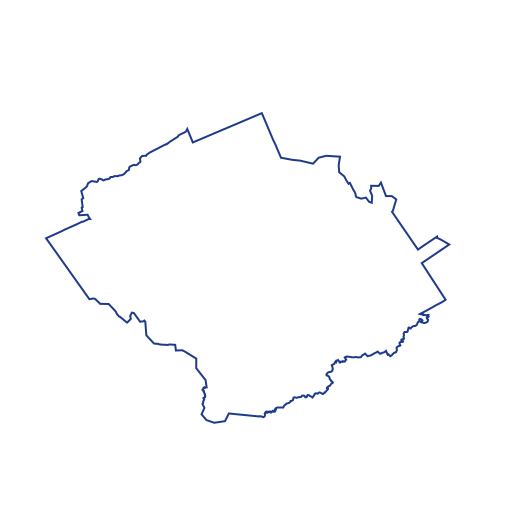 outline of Pededzes pag., Aluksne, Latvia, rotated 230°
{"feature_id": "27541924B28256334798833", "entity_name": "Pededzes pag.", "entity_type": "district", "adm_level": 2, "iso_a3": "LVA", "parent_name": "Latvia", "parent_adm1": "Aluksne", "projection": "albers", "projection_center": [27.465, 57.478], "detail": "fine", "context": "isolated", "style": "outline", "palette": "blue", "viewbox_px": 512, "rotation_deg": 230, "n_neighbors": 0, "source": "geoboundaries", "source_scale": "gbopen_adm2", "svg_char_len": 6041}
<svg xmlns="http://www.w3.org/2000/svg" viewBox="0 0 512 512"><g transform="rotate(230 256 256)"><path d="M361.7,352.3L383.6,280.6L397.5,285.0L396.8,283.5L396.4,282.1L396.4,281.5L398.2,274.5L397.6,272.9L398.9,263.5L398.9,261.6L399.0,261.2L398.9,261.0L399.0,260.4L399.1,260.1L399.2,259.9L399.0,259.7L399.0,259.2L399.5,258.7L399.6,258.0L399.9,257.3L403.4,241.8L403.7,239.5L403.8,238.0L403.8,237.5L403.4,236.1L404.6,234.9L405.8,232.9L405.4,229.9L402.7,228.2L402.4,227.7L402.6,226.0L402.3,224.0L402.6,222.8L403.2,221.9L404.2,221.1L404.5,220.7L405.5,217.0L405.5,216.4L405.1,215.6L403.9,214.3L403.6,213.8L404.2,211.2L404.2,210.9L403.8,210.3L403.8,209.1L403.6,208.3L403.7,206.6L404.3,205.0L405.7,202.7L405.9,201.7L406.7,200.6L408.3,198.8L408.5,197.2L409.9,195.5L409.9,194.7L409.5,194.1L409.5,193.6L409.8,192.6L410.6,190.9L411.4,190.0L411.9,187.8L412.7,187.3L413.7,187.2L415.8,185.9L416.1,184.8L415.1,183.3L415.0,182.4L415.2,181.4L415.9,181.0L418.9,178.4L419.2,177.3L419.7,174.1L418.1,171.4L417.9,168.9L418.1,163.9L411.3,160.8L411.5,159.0L411.4,158.8L404.9,154.7L405.1,153.6L404.9,153.4L401.9,151.9L402.7,149.7L402.5,149.4L403.1,147.7L400.8,146.8L395.9,153.5L393.2,152.9L391.0,152.7L391.9,151.5L393.5,145.4L394.1,144.7L395.2,140.3L399.2,126.2L400.0,122.8L404.5,106.6L330.0,100.6L328.0,104.1L326.5,105.2L319.5,105.9L313.9,112.3L303.6,112.9L300.7,112.1L297.3,112.3L297.0,112.7L288.3,114.3L287.8,114.5L288.3,119.7L291.0,121.2L292.4,124.5L290.8,125.8L280.1,125.0L278.2,128.1L278.1,128.5L278.2,128.9L276.9,129.0L265.7,121.0L254.6,121.6L254.0,122.0L251.6,124.6L251.2,124.6L249.2,126.3L244.7,131.1L243.8,132.9L239.9,137.0L235.1,133.9L231.2,138.9L229.0,139.9L215.8,144.3L208.5,138.1L193.3,137.6L187.2,133.8L187.4,133.6L187.4,133.1L187.7,132.3L188.5,132.3L188.7,132.1L188.3,131.3L188.6,131.0L188.4,130.7L188.4,130.4L188.0,129.9L188.0,129.6L187.8,129.4L187.8,129.1L187.3,129.3L186.9,129.1L186.7,129.4L186.4,129.4L186.1,129.3L186.1,128.8L185.8,128.6L185.0,128.7L183.6,128.0L183.1,128.2L182.7,127.7L181.9,127.6L181.7,127.2L180.6,126.3L181.0,125.9L180.8,125.1L180.9,124.3L179.4,124.1L178.5,122.0L177.4,121.1L177.3,120.3L177.1,119.9L172.9,118.9L172.4,118.0L169.7,112.5L162.1,112.6L155.1,116.8L149.4,126.1L152.8,134.0L131.0,155.3L131.1,155.6L129.4,157.2L128.9,157.5L128.3,157.6L128.0,157.8L127.7,158.3L127.6,159.1L127.8,160.0L128.2,160.5L129.7,161.4L129.7,162.0L130.0,162.6L129.3,163.2L129.7,163.4L130.2,163.1L130.3,163.7L130.2,164.0L129.3,164.6L129.1,164.9L128.9,164.4L128.5,164.6L128.5,165.0L128.1,165.6L128.1,166.5L127.9,166.9L127.5,167.0L127.4,166.2L126.6,166.6L126.4,166.9L126.6,167.6L126.4,168.0L126.7,169.1L126.0,169.8L125.4,169.4L125.2,169.6L125.3,170.2L125.8,170.5L125.5,171.0L124.9,170.9L125.0,171.2L125.5,171.4L125.5,172.0L126.4,172.1L126.4,172.3L126.2,172.6L125.8,172.6L125.8,172.9L126.6,173.5L126.6,173.8L126.4,174.6L126.1,175.2L125.5,175.7L123.6,178.2L122.5,179.2L122.6,179.9L123.1,180.9L123.3,182.0L123.1,183.3L123.4,184.1L122.2,187.1L122.2,188.2L122.3,188.6L122.7,189.1L122.7,189.4L122.1,190.1L121.9,191.7L122.1,192.1L123.2,193.3L123.3,193.8L123.2,194.4L122.7,194.9L121.3,195.9L121.1,196.3L120.5,197.8L119.2,199.7L119.1,200.5L119.4,201.5L118.5,202.7L118.0,203.1L117.6,203.2L116.0,203.0L115.5,203.5L115.5,204.4L116.3,205.9L116.3,206.2L116.1,206.6L115.2,207.1L114.1,207.3L113.2,207.8L111.3,208.3L111.9,210.8L112.5,211.9L112.6,212.7L112.3,213.1L112.3,213.7L110.9,214.7L111.0,216.0L110.7,216.9L109.8,217.5L107.3,218.4L107.2,218.7L107.4,219.4L107.0,220.5L107.4,221.0L107.2,221.9L107.8,225.7L108.1,225.9L108.5,225.8L108.6,225.4L109.2,225.3L109.5,225.8L109.1,226.5L109.6,227.2L109.5,228.0L109.1,228.8L109.3,229.9L109.8,231.7L109.5,233.1L109.7,233.5L110.7,233.7L112.0,233.2L112.6,233.5L114.0,233.3L116.3,234.4L118.1,234.1L119.0,233.4L119.5,233.4L119.8,233.6L120.2,234.4L120.4,235.2L120.4,236.1L120.2,237.1L118.9,239.5L119.1,240.5L119.8,241.9L120.1,242.2L121.4,243.0L123.7,243.8L123.7,244.2L123.0,246.6L123.4,247.3L123.8,247.7L123.9,248.1L123.7,248.6L123.0,249.0L123.4,249.4L124.0,249.5L124.3,250.0L124.1,250.6L123.6,251.2L123.6,252.0L121.5,251.9L120.8,251.6L120.4,251.8L120.3,252.0L120.6,252.6L120.5,253.3L119.9,253.8L119.4,253.9L119.3,254.2L119.6,254.9L119.2,255.3L118.4,255.6L118.1,256.1L118.1,256.5L118.3,257.0L118.9,258.0L118.7,258.4L121.2,258.8L121.0,260.3L120.6,260.3L120.0,261.6L116.2,264.9L114.2,267.8L112.8,268.9L111.1,271.2L111.6,273.7L111.1,276.3L111.1,276.8L107.6,277.1L106.1,279.9L105.3,284.4L104.8,286.1L104.6,287.7L101.3,288.2L101.1,288.7L100.6,290.8L100.0,291.7L99.8,292.6L99.8,294.6L95.6,293.4L95.4,294.3L93.0,294.4L92.6,296.0L93.0,297.8L93.0,299.8L92.3,301.3L93.3,303.4L95.4,304.8L95.6,306.0L95.3,307.5L94.7,308.6L94.7,309.1L96.6,309.6L97.4,310.4L97.1,311.5L95.9,313.2L96.2,313.9L97.1,313.7L97.9,313.1L98.5,313.7L97.5,316.1L97.8,316.4L99.4,317.1L100.1,318.4L101.6,319.1L102.3,320.9L100.7,322.8L100.7,323.5L103.0,326.7L102.9,327.2L102.7,327.4L101.3,327.5L101.2,328.0L101.4,330.4L101.0,331.7L100.0,333.2L100.0,335.1L101.3,337.6L101.0,338.9L101.5,339.6L102.5,340.4L102.5,341.0L102.1,341.5L100.3,342.2L99.7,342.1L99.7,340.3L99.3,339.9L96.7,341.6L96.1,342.4L95.4,344.7L95.5,345.3L96.2,346.6L96.7,346.9L97.9,346.7L99.1,347.3L99.1,347.9L98.5,348.8L98.6,349.3L99.6,349.8L100.0,350.2L100.7,349.3L100.8,348.4L102.4,347.5L103.1,346.3L103.5,346.0L104.4,346.7L105.1,346.8L105.2,346.2L105.1,345.7L105.1,345.4L105.2,345.0L106.2,344.3L104.7,351.0L102.3,363.7L102.0,364.9L101.9,364.9L101.5,367.1L101.1,368.6L101.1,369.6L100.8,370.5L100.6,373.1L144.0,378.4L140.6,411.4L149.8,408.1L153.3,406.5L153.5,406.3L154.5,407.1L156.2,391.2L156.8,384.2L202.4,388.6L202.6,389.9L209.2,399.8L214.5,398.6L218.4,394.1L231.9,398.9L230.8,395.1L235.8,389.3L233.8,387.8L232.7,385.3L228.0,383.9L226.8,383.1L222.4,378.9L224.7,377.5L230.1,377.7L232.3,373.5L236.5,370.8L238.1,371.1L239.3,372.0L242.2,372.9L244.1,373.1L251.7,374.9L251.9,374.4L251.9,373.3L255.9,373.8L260.1,374.8L266.7,373.6L272.2,377.5L278.1,384.2L287.7,374.1L291.0,367.2L290.1,359.0L300.7,351.1L305.8,346.1L315.2,338.3L328.6,342.4L333.7,343.7L361.7,352.3Z" fill="none" stroke="#1e3a8a" stroke-width="2"/></g></svg>